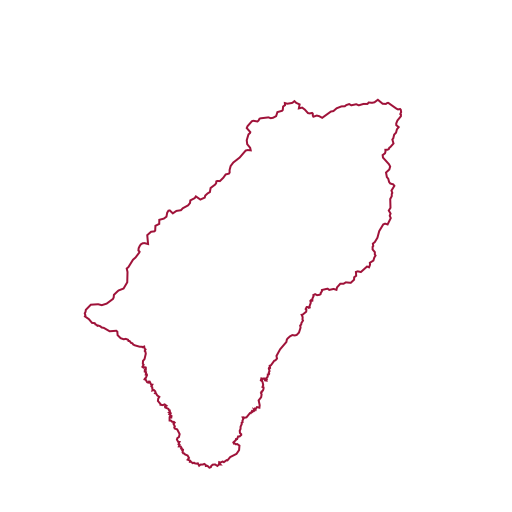 Wiang Pa Pao, Chiang Rai, Thailand, rotated 217°
{"feature_id": "78962969B36758186979365", "entity_name": "Wiang Pa Pao", "entity_type": "district", "adm_level": 2, "iso_a3": "THA", "parent_name": "Thailand", "parent_adm1": "Chiang Rai", "projection": "mercator", "projection_center": [99.403, 19.272], "detail": "fine", "context": "isolated", "style": "outline", "palette": "rose", "viewbox_px": 512, "rotation_deg": 217, "n_neighbors": 0, "source": "geoboundaries", "source_scale": "gbopen_adm2", "svg_char_len": 6037}
<svg xmlns="http://www.w3.org/2000/svg" viewBox="0 0 512 512"><g transform="rotate(217 256 256)"><path d="M228.4,459.9L229.4,460.1L230.8,458.5L232.5,458.2L242.5,457.9L243.2,457.3L243.8,455.6L246.5,453.8L252.7,454.1L253.9,450.0L255.5,448.2L258.4,446.4L258.5,444.5L261.7,442.1L264.6,438.2L267.3,437.5L270.6,433.7L273.0,433.4L274.7,430.9L275.2,429.0L277.8,426.9L280.5,422.5L281.4,418.3L283.1,416.5L286.3,406.2L289.7,405.7L292.0,404.7L294.0,401.8L295.0,402.2L296.4,403.9L297.3,404.0L298.9,402.2L300.5,401.4L305.1,402.3L308.4,402.3L310.6,399.7L312.4,403.3L316.0,402.5L318.5,402.8L319.1,400.3L319.8,399.4L322.7,396.4L325.0,395.5L323.6,393.9L324.3,391.7L322.5,388.7L322.6,387.6L325.5,383.8L324.1,379.8L325.6,376.6L327.2,374.9L329.5,374.2L335.1,368.8L335.8,367.8L335.5,365.7L335.8,364.3L339.5,362.4L340.4,361.1L340.9,354.6L340.4,352.6L335.1,351.5L334.8,350.6L335.2,348.6L333.1,342.9L330.3,340.0L325.8,338.9L323.8,337.2L326.4,335.6L327.7,334.0L328.3,324.8L330.4,317.0L330.4,312.6L328.8,308.7L327.3,306.8L327.2,305.5L329.3,302.9L329.2,298.8L329.9,294.1L332.1,292.6L332.6,291.7L331.7,290.3L331.6,288.5L333.2,283.0L331.3,279.3L332.3,276.9L332.9,273.7L332.1,271.8L334.4,267.6L339.9,267.4L339.8,265.3L341.9,260.9L340.6,258.6L340.7,255.6L343.2,250.1L343.5,247.4L346.7,244.1L348.1,240.0L352.3,240.5L353.2,239.5L353.0,237.2L351.2,233.5L352.1,230.4L355.0,226.7L352.6,223.4L354.5,219.6L351.8,215.6L352.0,214.5L354.4,212.2L355.4,207.2L349.4,200.6L352.8,199.2L354.2,197.9L355.0,195.9L354.9,194.0L354.4,191.6L353.2,189.6L351.6,189.4L351.3,188.7L351.3,182.3L352.0,179.0L351.2,170.3L351.7,168.2L349.0,165.9L343.0,157.5L342.2,150.3L345.0,145.8L345.3,144.5L346.1,139.5L344.7,137.2L344.4,135.6L346.6,128.1L349.6,123.9L353.0,122.5L358.6,117.7L359.5,110.6L358.5,108.7L358.3,107.2L356.5,105.9L356.3,104.8L351.5,105.0L346.7,103.9L344.4,105.3L343.0,104.7L342.0,105.1L340.6,104.8L340.2,105.5L337.9,106.2L336.3,106.0L334.3,107.0L327.6,107.8L322.6,112.2L321.2,112.1L318.9,109.5L314.6,108.9L311.5,109.9L310.2,111.4L307.8,112.1L306.7,111.4L305.8,112.0L303.5,111.4L302.2,111.9L300.8,111.4L299.1,111.7L294.4,113.5L292.4,114.9L291.8,114.8L290.8,116.4L289.3,115.0L288.0,114.9L287.7,113.2L286.6,112.9L285.2,111.6L283.0,106.6L283.1,104.2L281.5,101.8L280.3,101.5L280.0,99.1L278.6,99.1L277.9,100.3L276.9,100.6L275.5,98.8L276.3,98.2L275.3,96.7L273.9,97.1L272.7,95.0L271.9,95.7L271.4,95.3L270.6,92.3L271.0,91.3L270.8,90.4L269.6,90.8L267.0,89.7L265.8,90.0L265.5,90.3L265.9,91.3L265.3,91.7L262.4,90.2L261.4,90.8L261.1,88.9L259.8,88.7L258.9,87.5L258.1,87.3L257.8,86.3L256.8,87.5L255.1,87.3L254.1,86.6L254.0,85.7L253.2,86.1L251.0,85.2L248.4,85.3L248.3,83.3L247.1,81.2L243.2,80.3L242.8,79.7L240.7,80.8L239.7,82.5L237.4,82.5L238.0,81.0L237.4,80.4L234.0,81.2L232.7,80.5L232.0,80.8L231.0,79.8L231.3,78.7L230.6,78.8L230.4,79.5L229.5,79.1L229.9,77.4L227.2,77.4L226.5,76.1L227.6,75.7L228.1,76.3L228.1,75.4L226.0,72.6L224.5,73.4L223.1,73.1L221.8,74.1L220.7,74.0L220.9,72.3L218.3,71.1L218.2,70.0L217.1,69.3L214.6,70.1L209.8,67.8L208.6,65.0L209.2,63.3L208.7,61.8L206.1,60.7L205.2,61.4L204.6,59.1L203.5,59.3L203.0,57.5L201.5,58.5L200.1,58.0L199.9,57.1L198.6,57.4L198.2,56.7L197.6,57.1L196.5,55.0L195.3,54.6L194.5,55.1L193.3,54.8L190.6,55.5L188.0,54.4L188.0,52.2L185.4,52.9L184.9,51.9L184.2,52.5L181.8,52.5L181.1,53.6L180.0,53.6L178.2,54.6L177.7,55.4L175.2,54.3L174.8,56.0L172.9,57.5L172.2,58.8L170.5,58.9L169.7,58.1L168.5,59.2L165.8,58.9L165.0,60.2L165.4,61.4L165.0,63.3L163.2,64.9L160.5,65.1L160.1,67.3L159.1,68.0L160.7,68.2L161.3,69.2L160.1,69.6L158.9,71.8L157.6,72.0L156.6,75.3L155.8,75.6L155.6,79.9L152.5,86.2L152.7,90.8L155.1,94.6L157.9,94.5L158.7,93.5L160.2,93.5L160.7,92.9L161.9,93.5L161.3,96.8L161.8,97.7L160.9,98.4L161.7,101.1L160.5,102.0L160.1,104.2L160.6,104.8L162.3,105.0L163.8,106.6L164.3,108.6L165.6,110.4L166.2,113.1L167.1,114.2L166.7,115.2L167.7,116.3L168.1,118.3L169.5,119.1L168.8,119.7L168.2,119.5L166.5,121.4L166.3,126.9L165.6,127.3L165.9,129.6L165.0,129.5L165.1,130.5L164.5,130.8L164.7,131.6L164.4,131.5L165.1,132.0L164.4,132.0L164.9,133.2L163.9,133.2L164.6,134.5L164.3,134.3L164.3,135.9L162.0,136.9L163.3,139.1L167.0,142.3L166.9,146.3L168.2,148.8L169.6,149.6L169.4,150.5L170.0,151.0L169.5,152.7L170.1,154.5L170.9,155.6L172.0,155.3L172.6,157.3L174.8,159.2L175.7,159.7L177.3,159.6L178.0,161.4L176.7,161.5L176.8,162.2L175.8,163.1L173.9,162.1L172.6,162.8L173.3,163.4L173.2,164.1L174.3,164.6L174.0,166.6L175.3,168.5L174.5,169.2L174.6,169.9L175.8,170.8L175.9,172.2L178.1,173.9L178.2,174.3L177.4,174.4L177.3,175.0L179.0,176.6L178.3,177.7L178.4,183.3L177.7,184.4L177.5,186.7L179.5,188.5L180.6,196.0L180.0,205.6L181.1,207.9L181.1,209.2L180.5,212.3L179.4,214.7L177.2,215.9L176.0,217.4L175.6,220.7L177.3,225.6L178.9,227.1L178.6,228.4L179.4,229.8L179.6,232.7L180.6,233.2L182.0,235.3L184.1,236.5L183.5,237.1L182.4,241.7L183.3,243.3L184.4,243.5L184.8,245.7L184.0,246.3L182.7,246.3L182.1,247.2L183.0,248.0L184.1,251.6L185.6,252.9L185.5,253.7L184.7,253.5L184.1,254.2L185.3,255.9L185.9,258.6L186.7,259.3L185.8,261.1L183.6,261.5L181.8,263.4L181.5,264.7L182.1,265.5L182.1,267.4L182.9,268.5L180.1,271.9L179.1,273.0L177.1,273.0L174.2,276.4L171.4,277.4L172.4,279.7L172.0,284.6L169.4,286.5L168.4,289.0L164.2,291.6L163.4,296.1L164.8,298.1L164.1,300.5L166.6,303.4L165.5,305.0L162.6,306.3L161.0,314.4L158.9,315.0L159.7,317.7L161.0,319.1L159.5,323.0L160.6,326.0L160.8,328.3L162.1,328.8L163.4,330.6L166.8,331.4L168.4,333.5L168.4,334.6L170.1,336.2L169.5,338.6L170.0,343.6L172.6,350.1L173.4,357.8L172.4,359.5L169.9,360.4L171.2,367.4L173.4,368.6L174.1,370.9L177.3,372.2L177.6,375.4L183.1,382.3L183.6,385.5L184.9,387.2L185.1,388.4L187.2,389.8L187.7,395.3L189.5,395.8L192.4,394.7L194.2,395.2L196.9,397.3L199.0,397.8L202.4,400.9L201.6,405.3L202.7,408.2L205.0,409.3L213.8,411.0L215.6,412.8L214.8,415.6L215.4,417.3L216.6,418.7L214.9,420.0L214.3,421.4L214.7,422.7L214.3,423.7L213.9,428.6L217.2,431.1L217.2,432.6L218.7,436.1L218.4,438.8L219.7,442.0L219.6,444.8L222.7,444.9L223.8,446.3L224.6,449.3L224.4,454.8L225.3,456.1L226.2,456.2L226.7,458.3L228.4,459.9Z" fill="none" stroke="#9f1239" stroke-width="2"/></g></svg>